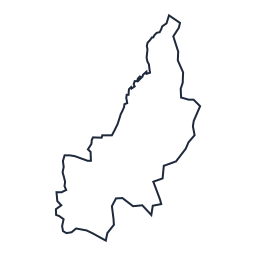 Shkodër, Shkodër, Albania (Albers equal-area conic projection)
{"feature_id": "67620474B15717375113052", "entity_name": "Shkodër", "entity_type": "district", "adm_level": 2, "iso_a3": "ALB", "parent_name": "Albania", "parent_adm1": "Shkodër", "projection": "albers", "projection_center": [19.63, 42.154], "detail": "fine", "context": "isolated", "style": "outline", "palette": "slate", "viewbox_px": 256, "rotation_deg": 0, "n_neighbors": 0, "source": "geoboundaries", "source_scale": "gbopen_adm2", "svg_char_len": 1550}
<svg xmlns="http://www.w3.org/2000/svg" viewBox="0 0 256 256"><path d="M93.0,137.4L91.8,139.9L91.4,143.9L87.9,149.4L90.6,151.9L90.9,160.8L87.7,160.8L74.6,156.1L69.5,155.3L64.6,155.3L62.9,161.1L63.7,166.9L62.6,172.3L64.0,177.3L65.1,181.9L64.5,186.1L66.2,190.0L61.4,192.3L56.5,192.2L57.3,201.1L61.3,205.3L55.9,209.2L56.1,214.9L59.3,216.1L63.6,219.2L62.1,226.1L63.0,231.1L66.4,233.1L71.5,232.3L76.1,228.5L86.5,230.4L92.2,233.1L105.8,240.6L106.2,238.4L107.4,233.0L113.9,224.8L113.5,218.8L111.9,206.2L116.0,198.4L122.5,198.1L133.0,206.2L142.3,205.3L147.7,211.1L151.3,215.0L152.8,205.7L161.2,204.1L160.1,199.8L157.7,193.3L153.3,181.7L162.6,178.4L163.8,165.8L176.0,161.4L185.7,148.8L188.5,142.3L194.6,135.2L192.9,126.4L193.7,121.0L200.1,106.2L193.6,99.7L188.8,99.7L181.1,97.5L180.7,88.8L182.7,82.8L183.1,72.4L177.8,60.4L178.2,51.6L173.3,36.4L174.2,34.9L175.5,33.0L176.6,31.2L177.8,29.4L178.9,27.6L180.0,22.9L169.0,15.4L168.5,17.0L166.5,23.4L162.4,26.2L162.2,26.4L161.3,29.0L159.7,32.2L158.2,32.5L156.6,32.9L154.3,35.3L153.3,37.4L152.0,37.4L149.9,40.2L147.6,42.7L146.8,46.2L147.4,48.6L147.4,50.4L146.6,57.7L147.4,61.5L148.9,64.3L149.2,67.1L150.0,72.7L146.6,73.8L146.4,71.7L143.0,74.8L142.5,76.6L139.4,79.7L140.4,75.9L137.8,78.7L137.3,81.1L134.7,81.1L133.7,84.3L134.7,86.4L131.6,88.5L131.1,87.1L129.0,89.2L128.8,90.6L128.5,94.8L126.7,94.8L126.2,98.3L126.5,98.9L127.2,103.1L124.4,104.2L124.1,107.0L122.6,110.5L120.8,114.0L119.5,118.2L117.6,124.1L114.5,130.4L111.9,135.3L102.3,135.3L101.6,137.7L93.0,137.4Z" fill="none" stroke="#1e293b" stroke-width="2"/></svg>